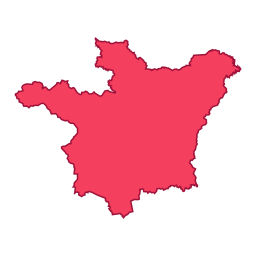 outline of Mueang Phetchabun, Phetchabun, Thailand
{"feature_id": "78962969B97134381081584", "entity_name": "Mueang Phetchabun", "entity_type": "district", "adm_level": 2, "iso_a3": "THA", "parent_name": "Thailand", "parent_adm1": "Phetchabun", "projection": "albers", "projection_center": [101.207, 16.368], "detail": "fine", "context": "isolated", "style": "filled", "palette": "rose", "viewbox_px": 256, "rotation_deg": 0, "n_neighbors": 0, "source": "geoboundaries", "source_scale": "gbopen_adm2", "svg_char_len": 5689}
<svg xmlns="http://www.w3.org/2000/svg" viewBox="0 0 256 256"><path d="M74.7,193.2L76.3,192.0L78.1,192.3L78.8,192.8L78.8,195.0L81.8,196.5L83.5,195.1L84.9,195.0L84.8,193.2L86.0,192.1L87.9,192.7L88.1,191.7L89.1,191.5L92.0,192.3L97.5,195.1L105.5,198.2L105.4,200.1L106.4,201.7L108.4,201.8L109.2,205.2L108.4,206.3L110.3,207.0L109.7,208.6L109.0,208.8L110.3,210.7L111.0,210.6L111.0,211.5L112.0,212.2L112.3,213.8L112.8,213.9L112.6,214.6L120.3,213.5L121.0,214.5L122.6,215.3L122.2,216.1L123.6,217.7L125.4,215.4L127.5,214.5L129.6,212.2L132.8,211.6L130.7,201.1L134.4,199.5L138.2,199.6L139.3,199.1L138.8,195.7L139.7,194.1L140.2,190.6L139.7,189.7L140.2,189.2L141.1,189.4L142.6,188.8L143.3,189.1L143.7,191.6L147.6,191.9L147.9,193.1L149.9,191.4L151.4,192.7L153.8,192.5L154.7,193.4L156.7,190.9L156.9,188.8L159.5,188.5L160.6,189.1L162.7,188.5L163.6,190.1L167.1,188.4L168.0,188.7L168.9,186.8L170.3,186.6L170.5,185.6L173.1,185.6L174.5,186.5L176.3,185.1L177.0,186.1L176.9,186.9L178.7,187.6L180.1,186.4L180.8,187.1L180.5,187.4L181.1,189.0L182.3,189.4L182.6,190.9L183.7,191.4L184.4,190.9L185.1,188.3L186.0,187.7L186.5,188.6L188.7,189.0L189.6,188.1L189.5,187.5L190.8,187.8L191.4,185.8L190.7,185.0L192.3,184.7L193.3,185.1L193.7,184.6L194.4,185.4L194.6,185.0L195.7,185.0L196.4,186.2L196.7,185.7L197.3,186.3L197.5,185.6L196.0,183.3L195.2,180.2L196.0,177.6L193.4,173.5L195.5,168.9L192.7,167.4L191.6,165.0L189.6,162.9L190.7,160.1L192.2,160.3L193.8,158.5L194.9,158.2L194.4,157.5L194.7,156.3L193.7,154.8L194.1,154.0L193.7,151.9L195.5,149.3L195.9,146.3L197.2,144.0L196.3,142.4L197.0,140.9L196.4,140.3L197.1,135.9L196.6,134.6L198.2,132.3L198.3,130.5L201.6,128.3L201.5,126.4L203.5,125.0L205.3,124.7L206.5,123.1L206.3,119.7L204.0,118.3L203.9,117.1L205.4,116.5L205.8,115.0L208.9,114.8L209.8,113.5L208.9,112.3L209.5,111.8L209.5,109.9L210.7,109.7L211.1,108.1L213.3,106.4L217.4,105.2L219.2,101.9L218.8,101.4L219.4,99.3L221.0,98.0L222.3,97.8L224.6,93.2L226.4,92.6L226.8,91.4L226.2,91.0L226.4,88.8L223.6,85.9L223.4,85.0L224.4,84.3L223.7,82.5L224.1,79.0L225.7,77.6L225.9,75.9L226.9,75.5L227.7,77.4L228.6,77.0L228.4,76.3L229.4,77.4L229.5,76.2L231.1,74.9L231.6,75.2L231.4,74.5L232.7,74.7L233.1,73.6L232.7,73.1L233.4,72.4L233.8,73.0L234.7,72.7L234.9,73.4L235.5,72.4L236.2,72.6L236.0,71.5L235.3,72.0L235.6,70.4L236.6,71.3L237.1,70.7L237.6,71.4L239.3,71.4L239.3,70.4L240.4,69.7L240.6,69.0L239.9,68.8L240.0,68.2L239.2,68.4L239.2,67.2L238.5,67.5L237.8,66.0L237.2,67.3L234.6,65.3L233.7,65.5L234.4,64.0L233.5,63.6L234.2,63.3L234.5,62.0L233.5,62.8L232.8,62.2L233.7,61.9L234.5,59.7L233.5,59.7L233.3,59.1L232.8,59.5L232.6,57.2L231.9,57.5L231.6,57.0L230.9,57.7L229.9,55.9L228.6,56.2L226.6,54.5L225.3,54.6L224.0,52.9L223.4,53.3L222.8,52.8L221.3,54.0L219.9,54.1L219.2,53.2L219.5,51.9L219.0,50.9L217.7,50.9L215.5,49.9L214.3,50.2L212.2,49.7L212.0,50.7L211.1,50.5L210.6,51.2L210.2,50.7L209.3,51.1L205.6,54.6L193.8,55.3L192.7,57.7L191.3,58.6L191.4,60.2L189.4,62.9L189.4,64.0L190.4,64.8L190.5,65.5L186.0,65.5L185.7,66.2L182.3,67.5L179.8,69.7L178.1,69.9L176.5,69.1L174.4,69.3L172.6,70.5L168.4,68.1L167.9,68.5L166.4,67.6L164.5,67.3L164.1,67.9L162.9,67.0L161.7,67.4L161.2,68.4L158.1,68.8L157.4,69.9L154.5,68.9L152.1,70.2L152.1,69.6L150.5,69.8L150.0,69.2L145.6,68.9L146.9,65.6L145.9,65.1L146.1,63.3L145.7,62.6L144.6,62.4L143.3,60.2L140.1,57.5L139.0,57.8L138.6,59.3L136.6,58.1L135.6,56.5L135.6,55.3L133.9,53.6L134.2,52.6L132.5,52.8L131.1,51.3L130.0,51.0L129.6,49.7L127.7,48.7L127.7,47.8L126.7,46.6L127.3,46.4L128.2,44.3L127.6,43.7L127.7,41.5L126.4,40.4L125.4,40.4L124.2,41.3L123.7,42.8L121.7,42.4L117.7,42.8L116.3,42.1L113.1,43.5L111.1,43.5L109.7,43.1L109.1,42.0L107.2,42.4L104.8,41.3L103.4,41.7L99.2,41.3L95.6,38.3L95.3,38.8L96.5,41.4L95.6,42.7L95.6,43.9L96.8,45.3L96.4,45.7L97.1,45.7L97.9,47.1L98.3,46.4L98.7,47.3L99.5,47.3L100.1,49.2L101.9,50.9L100.6,52.4L100.9,53.3L100.4,54.4L101.8,55.6L101.6,57.3L101.0,56.7L97.3,57.2L97.0,58.2L97.6,60.4L96.4,61.5L96.6,63.5L95.4,64.1L95.5,65.3L96.0,66.7L97.7,66.4L98.2,67.3L99.9,66.1L101.4,67.0L102.7,66.7L103.3,67.1L103.0,68.2L103.9,69.1L104.9,68.4L105.8,68.9L105.7,69.6L106.2,70.0L106.6,69.2L107.6,70.1L108.3,69.7L108.3,70.4L109.3,69.6L113.0,70.6L113.3,73.1L114.6,74.1L114.5,75.1L112.5,76.3L111.5,80.6L109.8,80.1L108.2,81.2L108.9,82.2L108.4,82.6L109.2,83.1L108.3,84.7L109.1,85.6L110.7,85.6L110.2,86.0L110.9,86.9L110.6,87.8L111.4,87.8L111.3,88.8L111.9,89.0L112.0,89.9L115.4,91.7L115.2,92.9L109.8,91.8L107.7,90.4L104.8,91.1L101.9,95.6L99.9,96.2L94.9,93.1L94.0,92.0L92.1,93.8L89.1,94.0L87.2,91.9L85.8,91.2L84.1,92.3L81.7,92.4L81.5,94.3L80.0,94.5L77.3,92.8L74.2,88.0L73.1,87.7L71.3,88.5L69.1,87.3L68.5,85.8L68.7,84.5L67.1,83.2L67.7,80.9L64.9,81.6L63.8,80.7L61.9,80.3L61.5,81.6L60.8,82.0L60.5,83.6L58.0,82.6L57.0,82.9L56.4,84.5L49.5,90.2L47.8,89.4L45.7,87.1L44.2,87.3L42.6,88.5L42.3,87.6L43.0,86.1L42.0,83.6L39.7,82.3L37.0,82.4L35.4,81.6L33.1,82.3L32.5,84.3L26.4,84.0L24.2,84.7L22.4,86.1L21.9,87.6L23.0,90.6L20.5,91.5L18.9,91.2L17.5,93.3L15.6,93.9L15.4,95.0L16.5,96.4L17.1,98.6L19.0,99.0L19.2,101.8L22.8,103.5L23.6,106.1L27.2,106.3L29.0,107.7L30.8,105.7L33.1,106.2L34.5,105.3L38.2,105.4L41.3,103.4L43.7,103.4L46.1,105.7L47.5,108.5L50.0,110.3L51.3,113.9L55.7,113.7L57.5,115.3L57.8,117.1L60.3,117.7L61.3,119.4L65.2,120.8L67.7,120.4L68.9,122.1L70.6,123.2L73.6,123.4L77.5,128.4L77.6,132.9L75.0,136.1L73.7,137.0L73.5,138.1L71.2,140.6L70.8,142.0L71.1,143.0L70.5,143.8L69.3,143.6L66.7,145.3L64.7,146.3L62.5,146.4L61.5,147.1L61.7,148.5L65.5,152.4L66.0,153.6L67.9,154.8L68.3,156.1L67.2,158.5L68.2,159.7L68.9,161.9L71.0,163.4L72.9,163.6L73.9,164.9L74.1,167.6L74.7,168.2L74.1,173.9L77.5,174.0L77.5,179.3L74.3,182.9L74.1,185.6L73.3,186.8L74.2,186.6L75.4,187.8L74.7,193.2Z" fill="#f43f5e" stroke="#9f1239" stroke-width="1.5"/></svg>